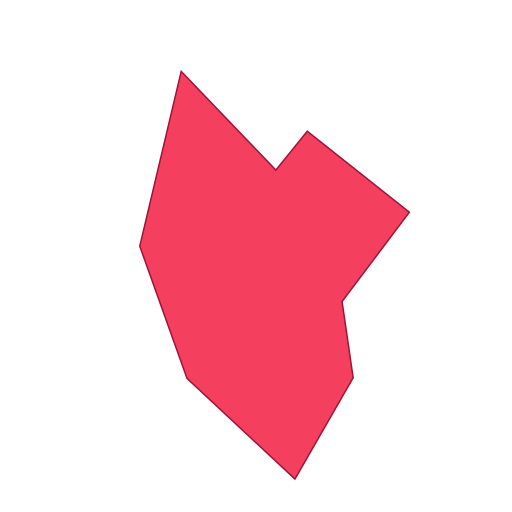 the state/province of Takamaka, rotated 43°
{"feature_id": "SYC-5220", "entity_name": "Takamaka", "entity_type": "state/province", "adm_level": 1, "iso_a3": "SYC", "parent_name": "Seychelles", "parent_adm1": "", "projection": "albers", "projection_center": [55.519, -4.787], "detail": "fine", "context": "isolated", "style": "filled", "palette": "rose", "viewbox_px": 512, "rotation_deg": 43, "n_neighbors": 0, "source": "natural_earth", "source_scale": "10m", "svg_char_len": 289}
<svg xmlns="http://www.w3.org/2000/svg" viewBox="0 0 512 512"><g transform="rotate(43 256 256)"><path d="M338.3,119.4L350.0,230.6L410.1,278.8L436.6,392.6L289.1,392.6L164.3,328.1L75.4,172.0L211.9,179.6L208.4,129.8L338.3,119.4Z" fill="#f43f5e" stroke="#9f1239" stroke-width="1.5"/></g></svg>